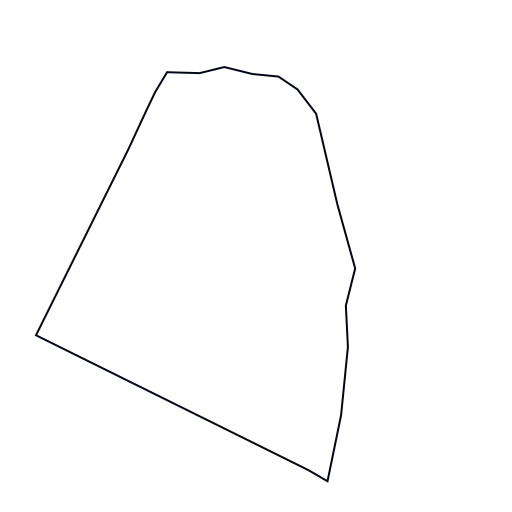 Marshall, Kentucky, United States of America, rotated 26°
{"feature_id": "52423323B97472701360775", "entity_name": "Marshall", "entity_type": "district", "adm_level": 2, "iso_a3": "USA", "parent_name": "United States of America", "parent_adm1": "Kentucky", "projection": "natural_earth1", "projection_center": [-88.333, 36.906], "detail": "fine", "context": "isolated", "style": "outline", "palette": "ink", "viewbox_px": 512, "rotation_deg": 26, "n_neighbors": 0, "source": "geoboundaries", "source_scale": "gbopen_adm2", "svg_char_len": 384}
<svg xmlns="http://www.w3.org/2000/svg" viewBox="0 0 512 512"><g transform="rotate(26 256 256)"><path d="M94.5,216.7L93.0,423.7L397.0,425.5L419.0,427.1L402.3,361.9L378.5,297.5L358.5,261.2L350.6,223.7L306.3,173.7L247.7,101.8L220.3,88.1L197.5,84.9L173.0,94.0L144.6,100.1L125.1,116.4L95.5,129.8L93.5,152.9L93.7,174.6L94.5,216.7Z" fill="none" stroke="#020617" stroke-width="2"/></g></svg>